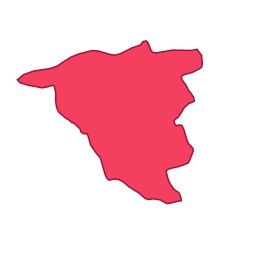 Gevgelija, Mercator projection, rotated 163°
{"feature_id": "MKD-2998", "entity_name": "Gevgelija", "entity_type": "Statistical Region", "adm_level": 1, "iso_a3": "MKD", "parent_name": "North Macedonia", "parent_adm1": "", "projection": "mercator", "projection_center": [22.379, 41.246], "detail": "fine", "context": "isolated", "style": "filled", "palette": "rose", "viewbox_px": 256, "rotation_deg": 163, "n_neighbors": 0, "source": "natural_earth", "source_scale": "10m", "svg_char_len": 1585}
<svg xmlns="http://www.w3.org/2000/svg" viewBox="0 0 256 256"><g transform="rotate(163 128 128)"><path d="M219.7,206.5L212.3,209.5L201.6,210.1L185.8,207.7L178.1,207.8L168.7,210.6L162.0,212.4L154.2,213.2L139.8,212.6L134.3,210.5L124.0,203.8L119.6,201.6L113.6,201.2L101.3,203.4L92.1,203.7L88.1,206.3L85.0,205.9L84.0,203.7L83.3,195.2L82.1,192.7L77.6,191.4L62.8,189.5L44.5,183.6L38.9,183.0L38.9,182.9L36.3,175.6L37.2,172.9L37.8,168.6L39.5,165.0L42.3,163.7L50.5,162.3L57.5,162.6L60.8,162.3L62.2,161.5L62.2,158.3L61.2,155.3L60.0,152.3L59.1,146.5L57.7,143.0L56.3,138.4L56.7,134.3L58.3,134.0L60.2,133.7L62.6,133.7L68.3,131.0L72.2,127.5L77.2,123.4L79.2,122.9L81.9,121.5L82.1,117.7L80.8,116.0L78.4,116.0L75.7,114.7L75.1,110.9L75.1,107.3L75.1,99.2L74.7,95.3L73.6,93.2L72.0,89.9L72.0,89.4L72.2,87.2L75.1,83.3L78.6,79.0L81.0,76.8L85.1,76.5L90.9,76.3L97.2,76.8L101.3,76.8L103.8,76.0L104.4,73.3L104.6,67.8L104.2,62.9L102.1,56.3L100.7,54.2L98.2,51.2L97.8,47.9L98.0,44.3L98.5,42.8L98.8,43.1L105.3,43.6L109.6,43.8L113.3,44.5L118.0,49.7L124.2,52.8L129.3,53.5L132.5,56.0L136.4,62.4L144.1,71.3L148.5,78.1L151.9,81.4L157.0,83.5L160.6,83.5L162.3,84.5L163.4,88.9L163.4,94.8L163.2,107.5L165.7,113.1L168.7,122.5L168.5,129.1L168.7,134.3L172.5,135.7L174.2,138.2L174.2,141.3L176.4,145.3L178.8,149.3L180.0,149.3L181.8,152.5L184.8,155.8L187.1,159.6L189.6,163.3L190.1,166.5L190.1,169.8L189.3,175.0L187.7,179.8L186.7,183.2L186.5,186.5L186.2,189.4L187.4,190.7L189.7,190.9L193.2,190.9L198.4,191.5L203.0,194.0L210.8,198.0L218.2,203.0L219.6,206.3L219.7,206.5Z" fill="#f43f5e" stroke="#9f1239" stroke-width="1.5"/></g></svg>